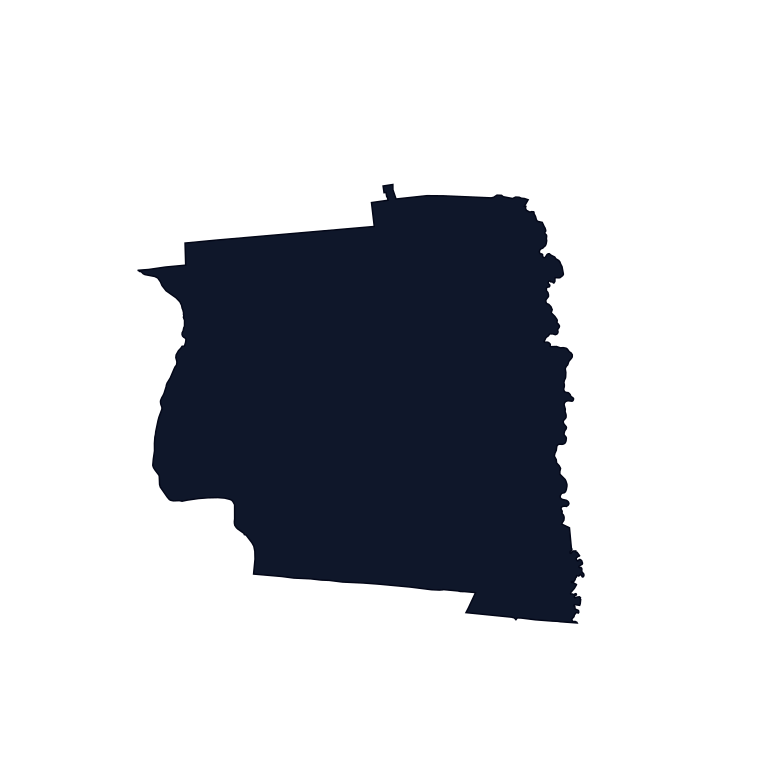 Olteni, Teleorman, Romania, rotated 203°
{"feature_id": "2599482B69611777068875", "entity_name": "Olteni", "entity_type": "district", "adm_level": 2, "iso_a3": "ROU", "parent_name": "Romania", "parent_adm1": "Teleorman", "projection": "mercator", "projection_center": [25.276, 44.194], "detail": "fine", "context": "isolated", "style": "filled", "palette": "ink", "viewbox_px": 768, "rotation_deg": 203, "n_neighbors": 0, "source": "geoboundaries", "source_scale": "gbopen_adm2", "svg_char_len": 6171}
<svg xmlns="http://www.w3.org/2000/svg" viewBox="0 0 768 768"><g transform="rotate(203 384 384)"><path d="M622.2,436.0L613.0,415.9L631.0,406.2L645.3,397.5L655.2,392.4L654.1,392.5L652.9,392.1L651.3,392.5L648.7,391.4L646.8,391.3L637.0,393.4L633.7,393.2L629.7,390.7L626.8,387.9L621.1,384.7L609.1,382.1L604.0,379.9L601.1,377.4L599.5,375.0L598.1,373.6L596.3,371.2L595.9,369.9L595.0,368.7L594.7,367.0L592.5,364.7L590.5,359.9L590.2,359.0L590.3,357.5L589.7,354.6L589.8,352.2L589.2,350.6L588.1,349.4L586.6,348.8L585.2,348.7L583.7,347.7L582.9,344.7L582.5,340.9L584.6,339.8L585.0,337.6L586.2,334.3L586.7,329.5L585.9,326.9L583.6,324.0L582.9,322.5L582.4,320.2L583.0,318.2L583.1,316.0L583.1,306.0L584.0,300.2L583.9,298.0L583.5,296.5L582.8,289.4L582.9,286.9L583.2,284.8L583.2,281.7L582.9,280.5L582.2,279.2L581.4,278.0L579.4,275.9L578.6,274.1L578.2,265.5L577.7,262.0L575.5,250.9L574.7,248.4L574.2,245.7L572.1,239.6L569.1,232.7L567.0,224.7L565.1,218.9L564.6,218.2L563.4,216.9L561.1,215.3L555.5,212.1L554.7,211.0L551.3,203.8L549.6,201.7L539.3,195.2L536.5,193.8L535.3,193.6L533.3,193.9L531.9,194.3L526.8,196.7L524.1,197.2L519.6,200.3L510.0,206.1L501.7,210.4L492.6,214.5L486.1,216.7L481.2,217.5L478.9,217.6L477.2,216.8L474.4,214.6L468.8,201.5L468.0,198.9L467.2,197.2L466.1,195.6L463.8,194.1L462.0,193.4L454.6,191.8L453.7,190.8L452.0,191.1L443.6,186.3L440.5,183.9L437.5,179.5L434.3,172.4L429.8,158.1L402.8,166.9L391.3,170.1L375.4,176.0L365.2,179.0L357.8,181.8L344.8,185.5L325.4,192.7L310.1,197.9L280.0,207.5L259.9,213.2L252.4,216.0L249.5,217.5L249.5,217.8L235.1,222.4L232.4,222.9L228.7,224.4L219.4,227.4L218.2,227.6L218.8,210.9L219.2,205.6L175.5,219.2L172.6,219.6L170.5,218.6L169.9,220.8L166.2,222.2L152.5,226.1L136.5,231.5L131.4,233.4L128.7,234.1L112.8,239.5L113.4,240.0L115.3,240.1L117.0,239.3L117.8,239.2L119.0,240.5L119.1,241.6L118.2,244.0L118.5,245.8L117.9,248.2L117.5,248.8L115.6,249.1L115.5,249.9L116.2,251.2L116.6,251.5L119.0,251.6L119.8,251.4L120.5,252.1L121.3,253.6L122.4,254.0L122.6,254.5L122.3,255.2L120.9,255.8L117.4,256.7L117.5,258.4L118.8,262.6L119.7,263.0L119.7,264.1L121.0,264.5L123.0,263.3L124.5,261.9L125.1,261.8L125.6,262.5L125.7,263.3L124.6,264.9L124.6,265.3L124.8,265.7L125.4,266.0L126.1,265.7L126.7,264.5L127.0,264.3L128.5,264.3L129.8,263.7L130.1,263.8L130.5,264.3L130.5,265.3L128.9,270.3L128.4,274.5L128.7,274.7L130.8,274.8L131.9,275.2L133.8,274.6L134.2,274.9L134.0,275.6L132.4,276.2L131.8,277.2L131.7,279.2L132.0,280.1L131.5,281.4L131.8,282.6L131.7,283.0L129.8,283.3L129.3,284.0L128.9,285.4L128.0,285.2L126.0,283.9L125.3,284.3L125.1,285.1L125.2,286.0L125.8,287.1L127.5,288.0L128.0,288.1L128.6,288.8L129.2,289.8L129.5,290.9L130.0,291.6L131.2,292.1L132.2,291.3L132.9,291.6L133.2,292.3L133.1,292.9L131.2,295.4L131.1,295.9L131.3,296.7L133.0,298.6L134.5,299.1L135.2,299.0L135.7,298.6L136.4,296.9L136.9,296.8L137.8,297.3L138.8,298.1L139.0,299.2L137.7,301.4L136.9,302.0L136.9,302.4L140.5,304.5L141.3,304.1L142.2,305.3L144.5,304.2L145.3,303.0L145.7,301.1L146.4,301.0L147.1,302.1L147.0,303.1L146.3,304.3L146.5,305.4L147.5,306.3L157.1,324.1L165.7,324.5L165.7,326.0L165.2,328.9L165.9,331.2L166.6,332.4L167.7,333.5L169.5,334.3L170.3,336.6L172.2,338.0L172.5,339.2L172.4,340.0L171.8,341.1L169.5,342.3L168.2,342.6L167.1,344.5L167.0,345.9L167.2,346.4L168.2,347.5L169.5,348.0L170.8,348.2L174.6,347.5L176.1,347.6L177.1,348.1L177.8,349.1L178.1,349.9L177.9,352.0L177.7,352.7L177.4,353.1L175.6,354.3L174.9,355.7L174.9,357.9L175.7,361.5L176.4,363.1L178.6,365.7L180.0,366.9L186.6,369.6L187.2,370.3L188.0,372.3L188.5,375.3L190.8,377.2L194.3,378.8L195.9,381.7L198.7,383.9L199.1,384.4L199.6,387.0L199.5,390.3L200.6,394.1L200.4,395.7L199.3,397.0L196.4,398.1L195.2,399.0L194.4,400.1L194.2,401.1L194.2,402.7L195.0,405.4L195.6,406.2L198.3,407.6L198.8,408.4L199.3,410.9L199.2,412.2L198.8,413.7L199.0,415.1L199.5,415.8L202.9,417.6L204.2,419.0L204.4,419.8L204.4,420.8L203.5,423.3L203.4,424.4L203.9,425.8L204.6,427.1L206.5,429.3L207.3,431.7L210.1,435.2L210.4,436.5L210.4,437.6L209.7,439.2L208.1,440.5L204.2,441.6L203.7,442.2L203.5,442.9L203.6,444.1L203.9,444.7L204.6,445.1L207.1,445.6L208.5,447.0L209.9,447.7L211.2,448.0L212.6,447.5L214.8,447.4L216.2,448.8L216.7,449.8L217.0,452.0L217.6,453.6L219.0,455.7L219.4,457.9L219.3,460.5L219.7,461.9L221.1,465.6L222.9,468.5L223.2,469.3L223.1,471.5L222.4,473.4L222.7,477.0L221.5,481.0L221.3,482.5L222.1,484.5L223.9,485.7L226.1,486.1L228.9,487.8L230.4,488.1L233.2,487.5L235.8,486.2L239.9,485.9L244.9,483.6L245.8,483.7L246.4,485.4L247.0,485.9L248.7,486.5L249.8,486.4L252.6,485.2L253.2,485.7L253.1,489.5L252.8,490.5L251.5,492.6L251.1,494.7L250.8,495.0L248.0,496.1L245.6,496.3L244.4,497.4L244.0,498.7L244.1,499.9L245.4,501.8L244.9,504.6L245.1,505.9L246.3,506.9L249.0,508.2L249.2,509.9L249.9,510.9L253.2,513.0L257.7,514.8L258.0,515.3L258.2,518.1L260.5,520.4L263.5,521.7L265.5,521.6L266.6,522.3L267.6,523.8L267.7,524.6L267.7,525.4L266.8,528.7L267.0,529.3L267.4,530.3L268.9,532.3L270.8,533.2L271.8,535.2L271.9,535.8L271.4,537.0L269.9,537.9L269.7,539.1L270.2,540.0L272.1,540.8L272.5,541.8L272.3,543.1L271.6,543.7L270.4,543.2L268.7,543.8L267.5,543.2L267.0,543.5L266.8,545.3L267.9,548.0L267.9,548.8L264.4,550.1L263.5,550.7L261.9,553.6L261.7,554.8L261.9,555.4L266.0,561.6L268.2,563.4L269.8,565.1L271.5,566.0L274.7,566.4L276.5,567.6L280.3,567.8L282.8,568.5L283.6,568.1L284.3,567.3L284.6,566.5L285.0,563.8L285.6,563.0L286.1,562.8L287.7,563.2L288.6,565.1L289.1,565.3L290.0,565.3L290.3,564.9L290.7,564.8L292.0,565.6L292.7,566.4L292.9,568.2L292.4,569.6L290.9,571.2L290.1,573.3L289.5,574.3L289.5,576.3L290.2,579.4L291.3,581.2L292.1,583.8L292.7,584.6L294.8,585.5L295.2,586.2L294.9,587.9L295.2,588.7L296.7,590.5L298.1,591.5L301.5,594.6L305.8,593.8L307.1,594.1L308.2,595.1L309.9,597.3L312.5,599.5L313.0,600.6L313.5,601.0L315.6,600.3L316.9,599.2L320.5,599.5L321.7,600.2L322.6,601.5L322.8,602.9L324.2,602.5L323.3,609.9L327.3,609.6L330.0,608.7L332.6,608.7L335.9,607.5L338.1,605.0L347.4,603.0L349.5,603.6L353.8,602.0L356.0,598.7L358.1,597.2L402.9,580.4L418.1,574.1L445.2,559.0L451.7,566.3L453.8,571.1L462.2,565.9L458.7,560.1L457.0,561.1L454.7,557.5L454.2,557.8L452.1,554.7L466.4,546.1L454.5,525.2L593.5,451.5L622.2,436.0Z" fill="#0f172a" stroke="#020617" stroke-width="1.5"/></g></svg>